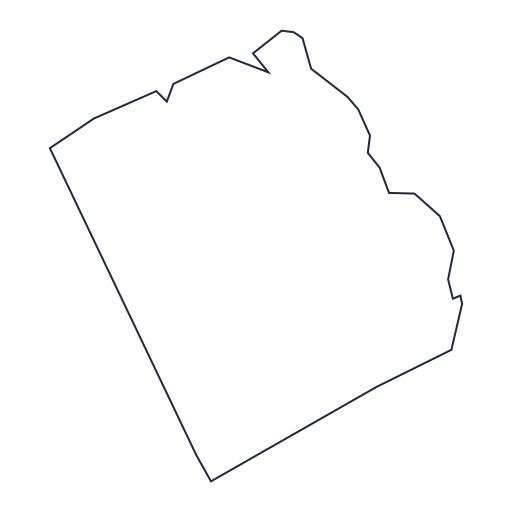 Wilkinson, Georgia, United States of America
{"feature_id": "52423323B58767298738144", "entity_name": "Wilkinson", "entity_type": "district", "adm_level": 2, "iso_a3": "USA", "parent_name": "United States of America", "parent_adm1": "Georgia", "projection": "mercator", "projection_center": [-83.113, 32.796], "detail": "fine", "context": "isolated", "style": "outline", "palette": "slate", "viewbox_px": 512, "rotation_deg": 0, "n_neighbors": 0, "source": "geoboundaries", "source_scale": "gbopen_adm2", "svg_char_len": 475}
<svg xmlns="http://www.w3.org/2000/svg" viewBox="0 0 512 512"><path d="M211.0,481.3L376.7,386.8L451.4,349.8L462.1,304.0L460.4,295.6L452.9,298.7L448.1,279.4L453.8,250.6L439.9,216.2L414.5,193.6L389.0,192.9L379.7,167.8L367.8,152.8L370.0,135.6L358.2,109.3L347.4,96.8L311.1,68.7L302.5,38.1L293.7,32.2L281.6,30.7L253.0,53.3L268.3,72.3L229.1,57.4L173.4,83.9L166.8,101.6L156.3,91.1L93.9,118.5L49.9,148.2L196.4,455.3L211.0,481.3Z" fill="none" stroke="#1e293b" stroke-width="2"/></svg>